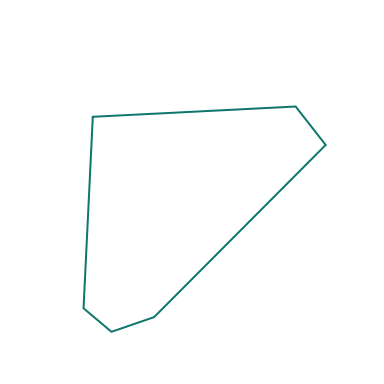 map outline of Guernsey (Robinson projection), rotated 160°
{"feature_id": "GGY", "entity_name": "Guernsey", "entity_type": "country or territory", "adm_level": 0, "iso_a3": "GGY", "parent_name": "Europe", "parent_adm1": "", "projection": "robinson", "projection_center": [-2.56, 49.468], "detail": "fine", "context": "isolated", "style": "outline", "palette": "teal", "viewbox_px": 384, "rotation_deg": 160, "n_neighbors": 0, "source": "natural_earth", "source_scale": "50m", "svg_char_len": 246}
<svg xmlns="http://www.w3.org/2000/svg" viewBox="0 0 384 384"><g transform="rotate(160 192 192)"><path d="M333.7,119.8L259.5,296.6L65.4,236.9L50.3,190.5L270.4,87.4L315.5,88.2L333.7,119.8Z" fill="none" stroke="#0f766e" stroke-width="2"/></g></svg>